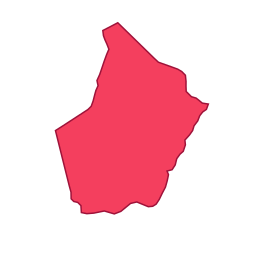 Amparo, Paraíba, Brazil, rotated 200°
{"feature_id": "56859067B25087670535038", "entity_name": "Amparo", "entity_type": "district", "adm_level": 2, "iso_a3": "BRA", "parent_name": "Brazil", "parent_adm1": "Paraíba", "projection": "equal_earth", "projection_center": [-37.05, -7.562], "detail": "fine", "context": "isolated", "style": "filled", "palette": "rose", "viewbox_px": 256, "rotation_deg": 200, "n_neighbors": 0, "source": "geoboundaries", "source_scale": "gbopen_adm2", "svg_char_len": 965}
<svg xmlns="http://www.w3.org/2000/svg" viewBox="0 0 256 256"><g transform="rotate(200 128 128)"><path d="M87.8,187.1L89.4,191.6L92.1,197.2L96.7,199.4L101.4,200.3L107.6,200.3L121.9,200.2L127.3,202.5L173.6,223.4L185.0,211.0L182.6,206.3L179.8,203.0L176.3,199.4L172.9,195.5L173.2,189.7L173.2,182.5L173.0,174.2L172.9,168.6L173.4,162.0L170.6,157.5L171.0,152.2L170.6,147.5L170.0,141.4L170.0,135.8L172.0,131.6L191.1,106.2L195.3,100.8L163.3,53.4L159.6,48.2L157.2,42.0L153.8,40.4L149.8,40.9L145.7,39.0L142.9,32.6L137.4,33.4L130.9,36.4L121.9,41.9L111.5,42.6L106.2,47.2L99.8,58.0L94.4,61.5L82.0,61.0L78.0,62.9L75.5,66.1L74.2,71.6L73.5,78.6L72.6,85.2L73.1,91.8L74.0,98.0L76.6,100.9L72.3,103.9L71.0,109.5L71.7,115.8L70.2,121.2L68.1,125.0L68.3,131.8L70.4,136.1L67.8,142.6L66.4,147.7L66.7,152.6L64.9,158.5L64.8,164.1L63.3,168.6L60.7,172.3L60.7,178.0L66.7,176.8L70.9,178.3L74.2,179.4L79.1,179.1L85.8,182.2L87.8,187.1Z" fill="#f43f5e" stroke="#9f1239" stroke-width="1.5"/></g></svg>